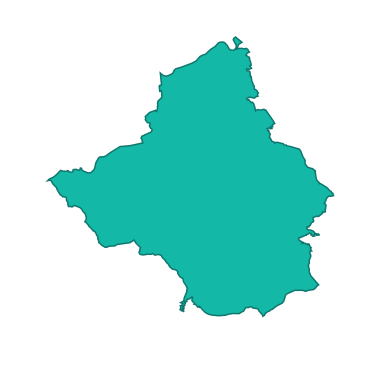 Sapanta, Maramures, Romania (Natural Earth projection), rotated 345°
{"feature_id": "2599482B85746794892801", "entity_name": "Sapanta", "entity_type": "district", "adm_level": 2, "iso_a3": "ROU", "parent_name": "Romania", "parent_adm1": "Maramures", "projection": "natural_earth1", "projection_center": [23.668, 47.916], "detail": "fine", "context": "isolated", "style": "filled", "palette": "teal", "viewbox_px": 384, "rotation_deg": 345, "n_neighbors": 0, "source": "geoboundaries", "source_scale": "gbopen_adm2", "svg_char_len": 6024}
<svg xmlns="http://www.w3.org/2000/svg" viewBox="0 0 384 384"><g transform="rotate(345 192 192)"><path d="M290.3,314.5L285.1,303.8L284.6,299.4L285.3,296.8L285.2,293.3L285.7,293.0L285.6,292.3L287.0,291.0L287.3,288.8L290.3,284.5L290.0,281.0L290.6,280.2L291.2,280.1L291.3,279.3L292.2,279.7L291.9,278.8L292.1,277.7L291.7,277.4L292.7,276.5L291.9,275.5L291.7,273.5L290.7,273.1L291.4,272.7L290.9,272.2L288.6,271.7L287.8,270.6L286.4,270.4L286.4,269.6L284.9,270.0L285.4,269.0L285.3,268.5L283.7,267.1L282.9,265.9L282.8,265.0L283.1,264.0L283.6,263.8L284.7,264.3L285.7,263.7L287.5,263.8L287.7,263.4L291.3,263.3L291.4,262.8L293.9,262.6L294.9,261.9L296.1,262.9L295.8,264.1L296.2,264.3L297.1,265.9L298.5,266.2L298.0,265.5L298.7,265.8L299.2,265.0L300.1,265.1L301.3,266.1L303.7,266.4L303.7,265.8L303.3,265.3L302.0,265.0L300.8,264.2L299.7,264.3L299.6,264.0L300.0,263.1L299.1,261.3L297.0,259.6L294.6,258.8L293.4,257.6L294.0,256.4L294.0,255.4L295.9,256.0L296.5,254.9L297.6,254.9L299.3,252.6L301.7,252.1L302.1,251.1L301.8,250.4L302.1,249.9L301.9,248.6L302.4,248.0L306.2,247.6L307.1,248.2L308.1,248.3L312.4,246.4L312.6,245.4L313.2,245.0L313.7,245.6L315.6,245.7L315.8,245.2L315.6,245.0L318.0,239.6L317.8,238.1L316.7,237.2L318.8,235.4L319.9,233.5L321.4,232.2L323.3,231.3L324.7,232.0L328.4,232.2L327.5,231.7L327.8,229.7L326.6,228.7L326.5,227.3L325.7,227.0L323.8,223.1L319.8,218.7L317.7,216.7L317.1,216.7L317.4,216.2L315.7,213.1L315.5,210.5L316.1,206.0L316.0,204.3L316.6,203.9L316.5,203.3L314.2,200.4L313.3,200.1L310.0,197.9L308.6,194.2L308.7,192.8L309.5,190.8L308.2,186.3L307.6,180.3L306.7,178.3L298.2,173.2L296.0,172.3L295.1,171.0L293.3,170.7L292.7,169.1L288.2,166.5L286.3,165.8L284.5,166.3L284.4,165.2L282.1,163.4L281.9,161.3L280.8,159.3L281.3,159.1L281.5,158.0L282.6,156.4L282.0,155.4L282.3,154.5L281.4,152.8L282.0,152.4L281.0,151.6L281.4,150.9L281.0,150.1L282.7,150.1L284.0,150.6L283.9,151.1L286.3,151.5L284.4,150.2L284.7,149.1L286.9,149.8L287.0,147.8L289.6,147.3L288.9,144.4L284.4,131.8L283.6,131.8L282.9,130.7L279.6,130.7L276.5,129.3L274.4,130.1L274.6,125.7L274.3,122.1L273.4,120.8L272.5,121.1L271.1,118.6L270.9,117.4L269.9,117.7L268.9,117.0L269.2,115.7L271.3,115.3L273.4,115.6L274.1,116.3L276.7,117.5L278.2,116.5L280.5,116.6L280.4,114.9L281.8,113.4L281.1,112.4L281.1,111.2L279.8,109.4L279.0,109.0L278.9,108.4L279.5,105.5L278.7,104.4L279.0,103.0L278.5,100.6L279.0,95.6L278.1,94.9L278.8,93.2L278.8,91.8L279.1,91.3L278.6,90.1L276.6,89.2L276.3,88.1L276.6,87.1L278.8,88.3L281.5,87.9L280.4,84.9L282.0,84.8L282.2,81.9L282.1,79.7L281.7,78.5L282.3,77.7L282.3,76.8L281.4,76.1L279.5,73.7L281.4,72.1L283.7,71.7L283.2,70.8L282.7,68.5L281.3,67.2L280.1,67.5L277.2,66.1L274.1,65.4L270.8,65.6L273.4,64.1L273.7,63.4L275.7,61.3L279.0,60.3L274.2,53.6L272.2,54.3L271.4,55.3L271.3,56.1L272.5,60.9L272.6,63.2L270.7,65.0L268.9,65.8L266.9,65.3L265.5,64.3L265.0,63.6L264.0,59.7L262.5,56.7L261.3,55.4L259.9,54.9L257.4,54.6L256.2,54.8L251.9,57.5L246.6,59.2L240.8,62.4L237.0,62.6L234.8,63.2L229.6,66.6L225.2,67.6L213.8,68.7L208.3,68.8L206.1,70.0L204.2,72.3L201.9,73.0L198.7,73.5L196.8,73.4L194.2,71.8L192.2,68.9L190.3,80.7L188.1,80.8L188.1,81.9L187.6,81.9L186.9,86.4L188.7,86.3L187.5,92.5L187.1,93.0L182.7,95.4L181.6,97.6L181.5,99.2L180.7,100.4L180.3,102.5L178.8,104.8L178.6,104.3L178.2,104.6L177.6,104.2L177.7,103.7L171.7,104.2L166.4,107.0L166.4,108.6L165.6,110.2L166.9,113.5L169.1,114.4L168.7,116.3L168.0,117.0L168.5,119.7L169.3,120.4L169.6,121.3L168.6,123.1L167.7,123.5L157.9,125.2L156.7,126.7L157.4,128.7L157.0,130.2L157.1,131.9L143.8,131.2L134.3,129.5L123.4,132.8L117.7,135.0L115.2,135.1L112.7,134.4L111.7,134.4L110.5,135.0L106.7,138.9L104.4,143.4L103.3,145.0L99.5,147.1L96.5,146.7L92.0,143.3L91.4,141.9L91.3,140.4L90.8,140.1L90.3,140.0L89.5,141.5L88.5,141.8L86.1,140.2L83.2,139.6L82.6,140.3L82.1,141.6L81.1,141.8L79.0,141.0L78.2,140.4L77.9,139.3L77.2,139.2L76.5,139.6L73.2,138.7L70.6,137.1L65.6,140.2L62.0,141.8L57.4,142.6L55.6,143.7L57.5,143.7L58.9,144.8L59.7,148.2L62.3,152.8L62.3,154.7L64.0,160.6L65.3,161.9L65.9,163.2L68.3,164.0L68.7,164.5L69.0,165.3L68.6,167.9L69.4,170.0L68.8,172.1L69.0,174.1L70.9,174.5L72.2,175.4L75.0,174.6L79.7,178.0L81.2,180.4L81.3,181.7L83.2,185.6L83.3,189.4L82.6,191.3L81.0,192.6L80.9,193.2L82.1,194.5L83.0,196.6L83.4,197.0L83.5,198.4L85.4,201.4L86.4,203.9L87.6,204.7L88.5,206.5L88.7,209.0L89.5,211.1L88.8,212.7L89.3,214.3L89.0,215.3L89.0,217.0L90.4,218.7L90.8,219.8L93.8,222.9L95.5,223.3L98.2,222.9L103.4,224.1L106.0,223.3L118.9,224.9L123.6,223.4L124.7,227.0L127.9,232.5L126.4,234.3L126.6,235.4L125.6,236.0L125.1,236.8L125.7,238.8L128.3,240.1L134.2,240.8L135.9,241.6L138.1,241.3L139.7,243.3L143.5,243.7L145.9,245.2L146.3,247.4L148.6,251.5L148.8,252.8L150.6,256.0L151.1,258.4L153.2,261.5L155.7,262.7L157.0,264.0L157.6,265.3L157.2,267.0L158.0,269.7L158.8,271.3L160.8,273.2L160.6,276.6L161.9,280.4L162.5,283.5L160.9,287.3L157.3,292.0L155.7,295.2L152.4,295.9L154.3,297.6L153.3,298.3L153.5,298.9L153.2,299.4L151.3,298.8L151.3,300.1L150.7,301.7L150.9,302.3L150.1,302.6L150.8,303.5L151.2,303.5L151.6,304.4L151.9,304.4L151.6,303.8L152.5,303.8L152.9,305.1L153.3,304.9L152.7,302.4L153.2,302.3L153.7,302.8L154.2,302.5L154.2,301.1L153.5,301.3L153.4,301.0L154.5,299.8L155.4,300.0L156.0,298.6L157.0,297.5L156.4,296.5L156.5,296.2L158.5,296.4L159.0,296.0L158.7,295.4L159.0,294.8L159.6,294.4L162.1,294.6L164.1,293.4L164.9,293.5L165.4,294.3L164.6,294.7L164.1,295.8L164.3,296.4L163.8,297.0L165.7,300.5L165.0,300.9L166.3,301.5L167.8,304.7L169.0,304.2L169.1,304.8L169.6,304.8L169.5,305.4L170.5,305.6L171.0,307.2L173.5,311.6L176.2,314.3L179.6,316.1L185.7,318.4L192.6,319.7L195.1,319.5L199.8,319.9L206.2,321.7L208.6,320.8L210.9,320.5L214.1,317.5L216.7,318.3L218.7,317.8L220.2,318.8L220.6,319.7L224.7,321.5L225.6,322.3L225.9,324.3L228.2,328.7L228.3,330.4L230.3,329.7L230.5,329.0L231.0,328.6L234.3,327.0L235.5,327.2L237.5,326.3L239.5,326.0L244.4,323.9L250.3,322.7L252.3,321.3L255.8,315.7L257.4,314.9L265.9,313.6L273.7,315.7L275.8,317.3L280.0,317.1L284.0,317.7L285.9,317.0L288.7,315.0L290.3,314.5Z" fill="#14b8a6" stroke="#0f766e" stroke-width="1.5"/></g></svg>